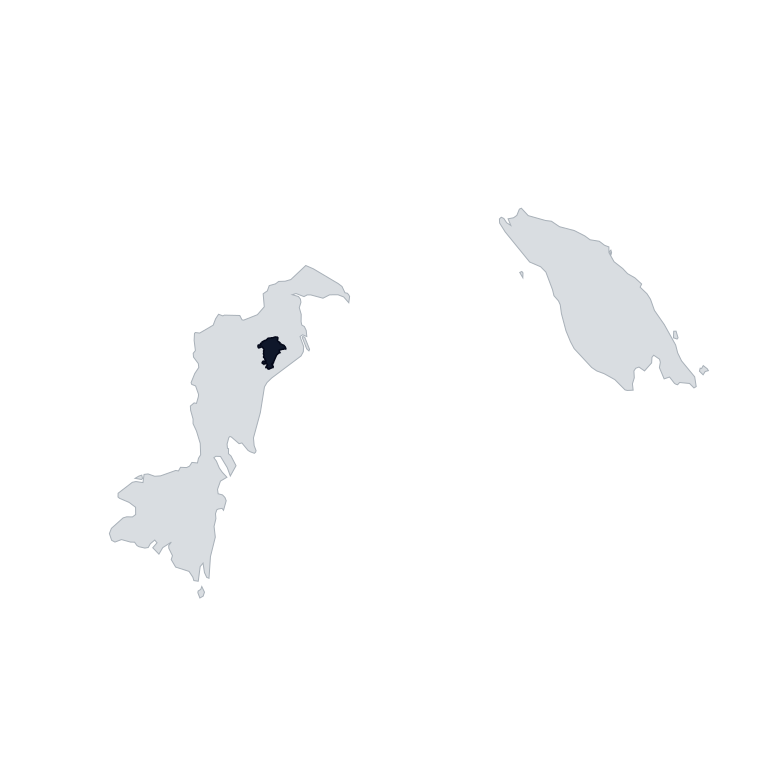 location of Selangau, Sarawak, Malaysia, rotated 160°
{"feature_id": "92858781B23703975490584", "entity_name": "Selangau", "entity_type": "district", "adm_level": 2, "iso_a3": "MYS", "parent_name": "Malaysia", "parent_adm1": "Sarawak", "projection": "equal_earth", "projection_center": [112.583, 2.507], "detail": "fine", "context": "in_parent", "style": "filled", "palette": "ink", "viewbox_px": 768, "rotation_deg": 160, "n_neighbors": 0, "source": "geoboundaries", "source_scale": "gbopen_adm2", "svg_char_len": 7202}
<svg xmlns="http://www.w3.org/2000/svg" viewBox="0 0 768 768"><g transform="rotate(160 384 384)"><path d="M640.4,381.1L636.5,380.2L631.0,375.7L625.4,374.1L609.3,374.0L606.9,372.6L603.7,375.3L598.1,373.0L594.9,373.3L591.3,376.0L586.3,373.6L583.8,377.6L580.5,380.2L577.0,391.0L576.3,404.0L577.0,412.0L575.4,416.4L574.7,425.5L573.5,429.5L568.9,431.2L566.9,429.9L562.8,435.5L561.8,437.7L561.7,446.6L564.8,449.4L564.8,451.3L558.2,458.6L552.4,462.9L551.5,466.7L553.8,474.4L552.8,478.1L549.8,479.9L547.5,489.9L544.8,496.3L543.7,496.9L539.8,494.9L524.4,497.7L519.9,502.9L515.6,506.1L512.1,503.1L510.4,503.3L496.1,497.7L495.5,492.9L494.1,492.0L479.3,492.4L470.1,497.5L466.7,510.1L461.8,511.4L458.2,515.7L451.8,515.2L447.9,516.4L441.7,514.4L435.8,514.0L417.0,522.1L411.0,516.4L392.6,493.9L390.1,490.0L389.5,483.1L387.4,481.8L386.7,480.0L386.4,478.0L389.3,472.4L392.1,479.6L396.7,483.6L404.6,486.4L412.0,485.5L422.4,492.8L425.7,494.0L429.3,493.5L435.7,499.1L439.7,499.3L434.5,495.5L433.5,492.4L434.1,489.2L437.5,484.7L438.0,477.7L440.6,470.9L441.1,467.6L439.2,465.2L438.8,460.9L440.3,455.0L443.7,458.1L446.7,457.3L446.7,446.6L448.8,441.9L452.4,438.7L487.6,428.0L493.4,425.4L497.3,422.2L510.0,399.4L525.1,378.0L527.1,370.5L527.0,365.2L527.9,363.9L529.5,363.2L532.8,366.0L534.5,368.1L537.7,377.2L540.6,377.5L545.5,386.3L546.7,387.4L548.1,386.8L552.0,381.2L553.1,377.1L552.2,376.4L554.0,371.7L552.4,368.7L551.0,357.8L559.9,350.1L559.9,359.0L562.4,371.8L566.8,373.6L569.1,372.9L567.9,369.0L567.5,361.4L566.2,356.5L563.5,350.1L570.9,348.7L576.5,341.9L577.4,337.6L573.7,335.0L572.3,331.8L572.2,328.3L578.0,320.2L578.7,322.5L582.4,323.2L584.1,323.0L586.7,319.8L588.0,315.0L592.4,308.3L594.9,297.8L606.1,281.2L614.9,261.3L616.7,262.9L617.2,268.2L615.3,277.6L619.2,275.3L626.0,262.2L629.9,264.3L629.7,267.9L631.3,274.6L642.4,283.2L644.0,291.8L641.5,295.0L642.4,303.2L641.6,305.8L637.9,308.2L647.9,305.9L653.7,301.1L657.3,309.2L651.6,312.4L652.8,315.8L658.2,313.8L661.5,311.0L664.8,311.6L669.9,314.9L671.4,316.7L672.5,320.7L676.2,322.1L683.9,327.6L690.9,327.5L693.4,330.3L693.2,337.4L689.5,341.6L675.0,347.4L671.2,347.2L665.8,345.1L662.0,346.3L659.6,353.1L664.0,359.9L671.6,367.0L672.6,368.8L671.2,372.3L654.1,377.7L650.5,377.2L644.2,373.8L640.4,381.1ZM89.6,284.5L91.5,274.8L94.1,274.3L96.7,280.0L105.7,284.3L108.4,282.9L109.6,283.8L110.8,285.2L113.3,292.9L119.0,293.0L119.6,305.2L116.9,309.9L116.6,313.1L120.7,318.8L123.1,317.4L125.3,312.3L134.7,307.2L138.6,312.7L142.1,312.7L144.7,310.8L146.7,304.2L150.5,299.2L152.0,293.0L157.5,294.7L159.5,296.0L165.6,309.2L173.6,318.4L179.6,323.5L183.2,328.5L193.2,352.2L194.3,359.9L194.8,371.7L193.2,389.4L191.3,398.2L191.6,402.4L194.1,408.8L193.4,414.9L193.6,433.8L196.7,440.6L205.4,448.8L218.1,485.4L220.3,495.7L219.1,499.6L216.8,500.6L214.8,498.6L213.6,493.6L210.6,489.6L210.9,496.8L205.4,495.9L201.5,497.0L197.0,502.0L194.8,502.2L190.9,492.9L176.3,482.4L171.0,479.7L165.3,471.8L152.6,463.0L144.6,454.4L141.1,449.1L132.9,444.5L129.3,438.9L125.8,435.9L127.7,430.5L126.0,420.2L120.2,410.9L117.4,404.4L111.9,397.9L107.7,389.8L110.2,387.4L106.0,378.8L104.6,372.5L104.7,360.6L100.3,344.0L96.6,320.9L97.4,312.8L96.5,304.0L89.6,284.5ZM626.4,253.7L624.5,256.0L623.9,249.8L626.5,246.5L630.2,245.9L630.3,251.5L629.5,253.0L626.4,253.7ZM81.0,283.5L83.2,288.1L81.5,290.7L80.2,290.0L77.7,292.1L75.0,287.7L74.6,285.6L77.9,285.9L81.0,283.5ZM444.9,455.9L444.0,456.4L442.5,454.9L442.1,442.0L443.2,440.8L444.6,443.4L444.9,455.9ZM96.2,328.4L93.7,334.5L91.5,333.8L91.9,326.8L93.2,326.0L96.2,328.4ZM650.2,380.5L645.8,381.3L642.8,381.2L643.2,377.8L644.6,377.2L650.2,380.5ZM218.3,442.4L216.0,442.6L215.4,440.9L217.2,436.4L218.3,442.4ZM126.6,431.5L125.0,432.2L125.2,429.6L126.3,428.1L126.6,431.5Z" fill="#d9dde1" stroke="#a8b0b8" stroke-width="1"/><path d="M477.5,466.6L477.9,466.4L478.7,466.0L479.3,465.7L479.7,465.6L480.2,465.6L480.9,465.5L481.3,465.7L481.7,465.7L481.9,465.6L482.3,465.5L482.5,465.3L482.8,465.1L483.1,465.0L483.4,465.3L483.5,465.4L483.8,465.4L484.1,465.3L484.2,465.0L484.2,464.9L484.4,464.7L484.5,464.5L485.6,464.4L485.8,464.4L486.0,464.4L486.2,464.2L486.3,464.1L486.4,463.9L486.7,463.6L486.7,463.4L486.4,463.2L486.2,463.1L486.3,462.8L486.5,462.8L487.4,463.1L487.7,463.2L488.6,463.6L488.8,463.6L489.1,463.4L489.2,463.2L489.3,463.0L489.4,462.8L489.5,462.6L489.6,462.4L489.5,462.1L489.5,461.9L489.6,461.7L489.7,461.3L489.6,461.0L489.5,460.9L489.3,460.7L489.0,460.7L485.9,460.6L485.6,460.4L485.6,460.2L485.5,459.9L485.4,459.5L485.4,459.2L485.3,458.8L485.1,458.5L485.1,458.2L485.0,457.9L484.9,457.7L484.9,457.4L484.9,457.2L485.0,457.0L485.1,456.8L485.5,456.7L485.9,456.3L485.9,456.1L486.1,455.5L486.2,455.0L486.4,454.4L486.7,454.1L486.8,453.9L487.0,453.7L487.0,453.3L487.0,452.8L486.9,452.5L487.0,452.1L487.1,451.7L487.4,451.4L487.6,451.2L488.0,450.5L488.0,450.4L488.0,450.0L487.6,449.6L487.4,449.2L487.3,448.8L487.3,448.5L487.5,448.2L487.5,447.9L487.5,447.7L487.4,447.5L487.3,447.3L487.0,447.0L487.0,446.8L487.1,446.5L487.2,446.3L487.3,446.0L487.3,445.7L487.3,445.4L487.2,445.1L487.2,444.9L487.4,444.9L487.7,445.0L487.9,445.1L488.1,445.4L488.3,445.8L488.6,446.2L488.7,446.5L489.3,446.7L489.8,446.8L490.1,446.6L490.5,446.4L490.7,446.2L491.0,446.0L491.3,445.5L491.3,445.2L491.1,444.8L490.8,444.8L490.7,444.7L490.4,444.2L490.2,444.0L490.1,443.7L489.8,444.0L489.6,444.0L489.2,443.7L488.8,443.7L488.7,443.6L488.3,443.5L488.1,443.4L487.9,443.4L487.6,443.1L487.4,442.9L487.2,442.8L487.1,442.7L487.0,442.3L486.9,442.1L486.9,441.9L486.9,441.7L487.0,441.6L487.1,441.4L487.5,441.4L487.8,441.3L487.9,441.2L488.1,441.2L488.3,441.1L488.4,440.9L488.4,440.6L488.5,440.4L488.8,440.4L488.9,440.5L489.0,440.5L489.2,440.3L489.2,440.2L489.3,440.1L489.4,439.8L489.2,439.7L488.5,439.5L487.9,439.3L487.8,439.2L487.9,438.9L488.0,438.7L488.0,438.4L487.9,438.2L487.9,437.9L487.7,437.8L487.6,437.7L487.4,437.5L487.2,437.4L486.8,437.3L486.7,437.4L486.6,437.5L486.4,437.6L486.4,437.4L483.0,437.6L482.8,437.6L482.6,437.5L482.4,437.9L482.3,438.1L482.2,438.2L482.1,438.4L482.2,438.6L482.2,438.8L482.3,438.9L482.3,439.0L482.5,439.0L482.7,439.3L482.6,439.5L482.5,439.8L482.5,440.0L482.6,440.3L482.7,440.5L482.4,440.7L482.3,440.8L482.4,441.0L482.5,441.2L482.5,441.3L482.4,441.4L482.2,441.4L482.1,441.2L482.1,441.3L481.9,441.4L481.9,441.2L481.8,440.9L481.7,440.8L481.5,441.0L481.4,441.1L481.4,441.4L481.4,441.5L481.2,441.7L481.0,441.8L480.9,441.8L480.8,442.0L480.6,442.2L480.4,442.1L480.3,442.3L480.4,442.5L480.1,442.6L475.1,447.9L472.6,449.0L471.0,449.0L471.1,449.3L471.1,449.7L471.1,450.1L471.1,450.4L471.1,450.7L471.0,451.2L470.9,451.6L466.9,451.3L466.5,451.0L466.2,451.1L465.7,451.0L464.8,451.1L464.4,450.5L464.1,450.9L464.1,451.0L464.1,452.3L464.2,452.8L464.4,453.3L464.6,453.7L464.6,454.1L464.8,454.5L465.2,455.0L466.0,455.5L466.4,455.9L466.8,456.6L467.3,456.8L467.7,457.1L467.9,457.4L468.0,457.9L467.7,458.2L467.6,458.4L468.0,458.9L468.2,459.4L468.6,459.8L469.0,460.1L469.1,460.8L469.2,461.5L469.0,461.8L468.7,462.2L468.4,462.6L468.2,463.1L467.9,463.8L468.3,464.6L468.9,464.7L469.2,464.9L469.5,465.2L470.2,465.4L470.9,465.5L471.5,465.5L472.7,465.5L473.2,465.6L473.5,465.8L473.9,465.9L474.5,466.0L475.1,466.0L475.5,466.1L475.8,466.3L477.0,466.6L477.5,466.6Z" fill="#0f172a" stroke="#020617" stroke-width="1.5"/></g></svg>